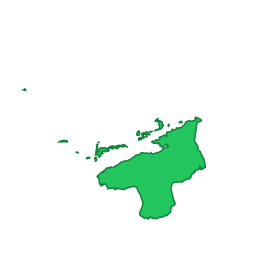 Muleba, Kagera, United Republic of Tanzania (orthographic projection), rotated 233°
{"feature_id": "72390352B90711717616381", "entity_name": "Muleba", "entity_type": "district", "adm_level": 2, "iso_a3": "TZA", "parent_name": "United Republic of Tanzania", "parent_adm1": "Kagera", "projection": "orthographic", "projection_center": [31.752, -1.923], "detail": "fine", "context": "isolated", "style": "filled", "palette": "green", "viewbox_px": 256, "rotation_deg": 233, "n_neighbors": 0, "source": "geoboundaries", "source_scale": "gbopen_adm2", "svg_char_len": 5820}
<svg xmlns="http://www.w3.org/2000/svg" viewBox="0 0 256 256"><g transform="rotate(233 128 128)"><path d="M97.0,181.4L98.0,178.0L96.7,175.3L96.1,170.4L97.3,169.5L97.8,167.5L98.9,166.8L98.3,166.4L98.1,164.6L98.6,163.7L100.2,163.0L100.3,162.7L99.8,162.9L99.4,162.1L99.5,159.9L100.1,158.3L100.9,157.4L101.4,156.3L98.3,154.2L98.0,153.3L98.4,153.2L99.5,153.7L100.6,152.9L100.7,150.2L101.5,148.9L101.6,147.9L101.6,147.5L100.9,147.9L100.6,147.6L100.2,145.6L100.7,144.1L101.7,143.4L101.4,141.7L101.9,140.5L102.8,139.8L102.9,139.2L102.6,138.6L101.8,139.2L101.2,139.0L100.2,139.5L98.2,142.4L97.7,142.8L97.1,142.6L97.1,143.5L95.3,143.6L94.3,142.7L94.0,143.2L92.9,143.2L92.5,143.6L92.0,145.6L91.6,149.1L91.0,149.2L90.6,148.6L89.3,149.4L88.8,149.1L88.7,148.6L89.3,147.9L89.4,146.8L90.0,145.3L91.1,144.5L90.0,143.0L89.7,141.1L89.9,139.1L90.1,137.8L91.1,136.2L91.0,135.0L91.7,133.9L91.9,132.7L93.4,131.5L94.3,131.6L94.1,130.9L95.6,128.7L97.3,127.4L97.5,126.2L99.3,125.0L100.0,124.0L100.3,122.4L99.9,121.3L99.9,120.5L100.9,119.6L101.6,117.8L101.3,116.4L101.6,112.4L101.4,111.3L102.1,109.3L102.1,107.9L103.5,105.9L104.9,101.6L104.7,98.6L104.3,97.8L104.8,97.5L104.8,96.3L105.3,95.9L105.2,92.3L107.2,90.9L106.9,90.1L107.4,89.7L107.3,88.9L108.0,88.6L107.8,88.0L108.3,87.8L108.2,87.4L108.7,87.0L109.0,86.2L108.2,84.7L108.5,83.1L108.2,82.6L108.1,82.9L107.5,82.5L107.3,81.9L107.5,81.0L108.3,81.1L108.6,80.4L108.1,75.2L107.9,74.7L107.6,74.8L107.9,74.2L104.5,74.1L101.1,71.9L98.0,71.6L97.8,73.3L98.2,73.3L97.8,73.6L97.9,73.9L97.6,73.8L97.8,74.6L97.2,74.9L97.1,75.5L97.4,75.7L95.5,76.5L94.0,76.0L93.5,76.3L91.5,75.3L90.5,77.8L89.7,78.5L88.7,80.8L88.2,81.0L87.0,80.4L86.5,80.8L86.4,81.7L86.9,82.6L86.6,83.5L86.0,83.3L85.1,83.9L83.2,86.1L81.2,87.7L80.9,88.7L81.1,89.3L80.5,90.8L80.8,91.5L80.5,92.5L79.1,93.6L79.4,94.4L79.0,96.0L77.5,97.3L76.9,98.5L75.3,99.1L70.7,98.0L67.0,97.7L64.6,96.6L59.9,95.3L57.8,93.7L52.9,85.9L50.8,85.1L47.6,86.4L46.3,86.5L45.8,87.0L45.7,87.8L45.0,88.9L43.1,89.5L43.2,90.3L44.0,91.6L43.7,92.3L42.6,92.4L40.6,93.6L39.6,95.1L38.4,96.2L37.9,98.6L36.7,101.5L36.1,101.8L35.8,104.6L34.6,106.6L35.0,107.8L35.1,111.1L38.4,114.5L39.1,116.3L38.5,118.8L39.1,119.9L40.4,120.7L42.3,120.9L52.1,124.9L54.2,126.2L57.1,129.9L57.1,131.5L56.7,132.4L53.3,137.7L52.2,138.6L52.5,140.3L51.7,143.9L50.3,147.1L50.7,148.3L51.3,148.5L51.6,149.7L52.3,150.3L52.4,153.3L52.6,154.1L53.5,154.6L53.8,155.2L53.6,155.5L52.8,155.6L53.6,156.9L53.2,158.1L52.5,158.6L52.3,159.5L52.8,159.8L53.1,161.3L54.2,162.6L53.7,162.7L52.2,161.9L51.8,161.2L51.2,161.2L50.2,162.4L50.5,163.3L50.0,166.2L55.3,169.0L56.0,169.0L57.8,170.1L61.1,169.9L61.0,170.3L65.7,171.5L68.5,170.7L71.1,172.7L77.6,173.2L89.6,185.1L90.6,186.8L89.6,190.9L90.3,191.3L91.6,191.0L95.8,188.8L95.8,188.2L95.0,187.0L93.7,187.4L93.8,185.7L95.7,182.1L96.6,181.2L97.0,181.4ZM126.7,87.3L126.0,85.8L125.7,86.0L125.6,87.0L124.7,87.7L122.2,87.2L122.1,88.9L122.7,90.3L123.9,91.0L124.4,91.8L122.7,92.3L122.7,92.5L124.7,93.0L124.9,93.5L122.8,95.4L122.7,95.9L123.7,96.9L123.6,97.5L122.9,97.8L121.8,97.4L121.2,98.1L121.5,99.1L122.9,99.9L122.8,101.1L123.1,101.7L122.2,103.3L121.9,103.2L121.9,102.6L121.5,102.4L120.6,103.0L121.3,104.2L120.3,104.9L121.4,105.9L122.7,105.3L123.5,103.7L124.0,102.4L123.9,99.8L124.4,98.9L126.5,97.4L126.8,96.9L126.9,95.8L127.8,95.4L128.6,94.0L128.4,91.3L126.8,90.7L127.2,88.6L127.8,88.0L127.7,87.5L127.3,87.0L126.7,87.3ZM111.0,154.5L109.5,153.8L108.7,152.3L109.2,150.1L109.8,149.2L109.5,147.5L109.2,149.3L107.4,153.4L107.4,154.5L108.7,157.5L109.2,156.9L109.9,158.1L111.6,158.2L112.2,158.9L113.4,158.1L114.8,157.8L116.4,156.2L117.0,156.3L117.6,156.9L117.7,156.7L117.5,154.8L117.0,153.9L115.0,155.8L114.0,156.0L111.7,154.5L111.0,154.5ZM119.9,110.1L120.8,107.2L119.3,106.3L118.7,106.3L118.0,106.9L118.0,108.1L119.0,107.9L119.2,108.7L118.1,109.3L118.1,110.1L117.6,111.0L116.3,112.1L115.8,113.0L115.4,114.1L116.4,115.3L116.9,114.6L118.0,114.0L118.2,111.2L119.0,110.9L119.9,110.1ZM118.2,132.1L117.9,131.3L116.7,130.9L115.6,132.4L117.2,134.6L118.0,134.4L118.7,134.9L119.2,134.8L119.0,134.0L119.2,133.2L118.2,132.1ZM158.2,66.5L158.3,64.7L155.3,68.9L155.2,69.8L153.7,70.5L153.9,71.7L155.9,70.3L157.0,68.9L157.4,67.6L156.5,68.2L156.9,66.7L158.2,66.5ZM113.7,138.7L113.8,138.1L113.3,137.3L111.7,138.7L111.6,140.0L112.3,141.2L112.9,141.4L113.7,140.4L114.0,138.9L113.7,138.7ZM112.7,134.3L110.5,134.5L110.7,135.5L111.3,135.3L112.7,135.6L113.3,136.9L114.0,136.9L115.0,135.6L115.0,135.2L114.6,134.9L113.8,135.2L112.7,134.3ZM128.4,88.4L128.0,88.7L127.9,89.3L129.3,89.8L129.7,90.9L131.3,92.4L132.2,92.7L131.9,91.8L129.3,89.4L129.1,88.6L128.4,88.4ZM121.2,82.0L120.9,82.2L121.3,83.8L121.9,84.2L122.6,83.9L123.7,84.9L124.0,84.8L124.1,83.2L122.2,82.8L121.2,82.0ZM128.6,76.6L127.9,77.1L128.0,78.2L127.0,78.9L127.3,79.8L127.8,79.6L128.7,78.2L129.1,76.9L128.6,76.6ZM112.8,129.8L111.7,129.3L111.7,130.2L113.1,131.6L113.6,131.2L112.8,129.8ZM100.9,174.8L101.7,173.7L101.8,172.5L101.1,172.4L101.0,173.7L100.1,173.8L99.8,174.1L99.8,174.4L100.9,174.8ZM111.1,141.2L111.1,139.7L110.6,140.5L110.2,140.4L109.0,141.5L109.7,141.3L110.6,141.6L111.1,141.2ZM111.9,131.1L111.0,131.2L110.8,131.8L111.2,133.1L112.0,133.1L111.9,131.1ZM221.4,69.2L221.4,67.4L220.6,68.5L220.0,68.3L219.9,68.5L220.1,68.7L219.8,69.0L221.4,69.2ZM105.2,161.2L104.8,161.4L104.9,161.8L106.2,163.0L106.4,162.2L105.2,161.2ZM110.4,136.9L109.5,137.6L110.0,138.2L110.4,138.1L110.5,137.5L110.4,136.9ZM138.6,73.4L139.8,72.4L139.6,72.1L138.1,73.2L138.6,73.4ZM110.9,144.9L112.4,142.6L111.7,143.6L111.0,143.5L110.9,144.9ZM114.5,137.8L115.1,137.0L114.8,136.7L113.9,137.3L114.5,137.8ZM113.8,116.1L114.9,115.3L114.7,114.9L113.4,116.0L113.8,116.1ZM133.1,93.9L133.6,93.1L133.4,92.8L132.8,93.6L133.1,93.9ZM117.7,158.4L117.4,156.9L117.3,157.0L117.7,158.4ZM134.3,95.5L133.9,96.0L134.1,96.2L134.5,95.8L134.3,95.5Z" fill="#22c55e" stroke="#15803d" stroke-width="1.5"/></g></svg>